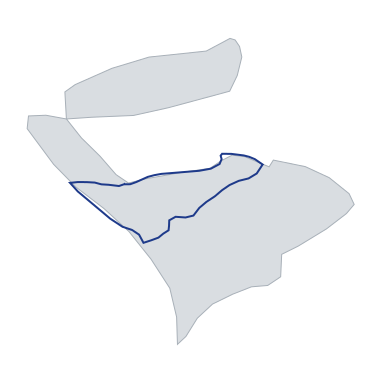 location of Tutong within Brunei, rotated 267°
{"feature_id": "BRN-1184", "entity_name": "Tutong", "entity_type": "District", "adm_level": 1, "iso_a3": "BRN", "parent_name": "Brunei", "parent_adm1": "", "projection": "equal_earth", "projection_center": [114.706, 4.599], "detail": "fine", "context": "in_parent", "style": "outline", "palette": "blue", "viewbox_px": 384, "rotation_deg": 267, "n_neighbors": 0, "source": "natural_earth", "source_scale": "10m", "svg_char_len": 1498}
<svg xmlns="http://www.w3.org/2000/svg" viewBox="0 0 384 384"><g transform="rotate(267 192 192)"><path d="M271.5,70.4L251.8,84.4L232.6,102.0L213.3,117.1L204.3,129.0L207.5,145.7L212.1,182.3L214.7,211.1L221.5,222.5L226.7,234.0L224.5,246.5L213.1,270.3L219.6,274.9L211.4,306.5L199.1,329.8L182.1,348.8L171.1,353.3L162.4,345.1L148.1,324.3L132.4,295.2L125.1,278.3L102.7,276.1L94.7,262.7L94.2,246.4L87.8,227.2L79.0,206.6L65.7,190.7L48.1,178.4L40.6,169.5L67.9,170.1L97.1,164.8L127.0,147.6L155.9,126.9L180.1,103.2L202.9,76.4L226.8,55.3L263.9,30.7L276.5,32.7L276.3,50.1L271.5,70.4ZM298.6,70.3L305.4,81.0L319.7,118.5L329.0,156.2L332.0,213.6L343.4,238.0L341.6,243.0L334.8,247.1L324.2,248.8L306.0,243.3L290.7,234.9L277.4,172.8L271.5,137.6L271.9,95.7L271.5,70.4L298.6,70.3Z" fill="#d9dde1" stroke="#a8b0b8" stroke-width="1"/><path d="M203.5,125.0L203.2,125.3L203.0,130.7L204.8,136.7L209.4,148.6L210.8,155.3L211.7,162.4L212.8,200.2L214.3,212.0L218.5,221.0L223.3,223.3L226.8,222.5L228.6,224.1L228.0,233.3L225.8,245.6L224.1,251.0L221.5,256.5L215.7,264.0L215.6,263.9L215.1,263.5L207.1,257.6L202.6,249.2L200.7,239.3L197.0,229.9L192.3,222.2L186.5,214.6L181.4,205.9L175.8,198.5L168.4,192.2L166.9,184.2L168.1,174.3L164.9,167.8L159.4,167.3L155.0,166.6L151.9,161.1L148.2,156.1L145.9,148.7L143.8,140.9L152.2,136.9L157.2,130.2L160.9,120.8L169.6,109.0L198.5,78.0L207.5,70.7L207.9,78.3L207.4,87.1L206.5,95.4L204.4,101.9L203.6,109.0L201.8,119.4L203.4,124.9L203.5,125.0Z" fill="none" stroke="#1e3a8a" stroke-width="2"/></g></svg>